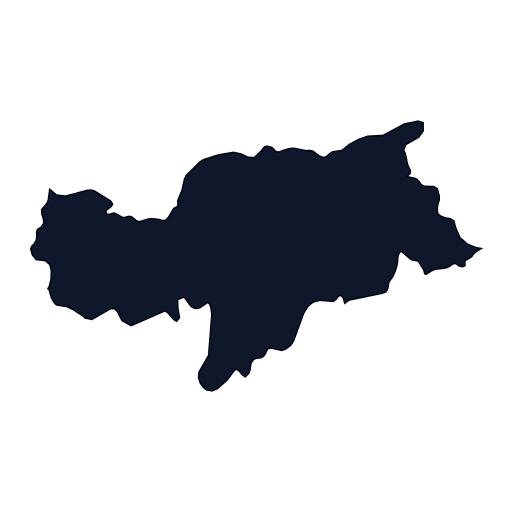 an SVG outline of Bozen
{"feature_id": "ITA-5459", "entity_name": "Bozen", "entity_type": "Province", "adm_level": 1, "iso_a3": "ITA", "parent_name": "Italy", "parent_adm1": "", "projection": "albers", "projection_center": [11.502, 46.655], "detail": "fine", "context": "isolated", "style": "filled", "palette": "ink", "viewbox_px": 512, "rotation_deg": 0, "n_neighbors": 0, "source": "natural_earth", "source_scale": "10m", "svg_char_len": 3367}
<svg xmlns="http://www.w3.org/2000/svg" viewBox="0 0 512 512"><path d="M47.9,288.6L49.3,286.4L51.1,278.7L51.3,270.6L49.8,264.6L45.4,260.7L36.2,259.6L32.4,255.0L30.7,249.0L31.8,246.1L34.1,243.9L36.3,240.2L36.8,235.8L36.6,232.2L37.5,229.4L41.2,227.1L43.8,223.2L43.4,218.9L41.9,214.3L41.6,209.7L46.3,204.1L47.6,202.1L48.4,199.3L49.7,189.3L56.5,195.0L65.4,196.1L87.2,190.3L91.0,190.0L94.3,190.9L110.5,200.9L112.6,204.0L111.5,206.2L106.7,210.0L105.7,211.6L107.0,214.3L109.3,214.4L113.8,213.0L116.3,213.9L122.4,217.4L124.5,217.5L128.6,216.4L130.7,216.5L132.7,217.5L136.3,220.7L138.5,221.6L140.6,221.4L147.8,219.1L151.4,218.6L158.9,219.4L162.5,220.6L165.6,220.2L168.6,217.1L173.4,208.9L174.3,208.0L176.7,207.0L177.6,206.0L178.0,204.4L177.8,201.1L178.0,199.9L182.0,190.3L184.4,179.4L186.1,175.5L200.0,161.8L203.8,159.5L218.6,154.8L233.6,152.3L241.2,154.0L247.8,157.2L254.3,157.6L261.6,150.6L263.3,148.1L265.2,146.6L267.3,146.2L271.0,147.1L272.4,147.9L273.7,149.0L274.8,150.6L276.6,151.7L278.5,152.0L280.5,151.6L282.5,150.6L288.8,148.7L293.9,148.2L304.8,150.4L305.0,150.4L305.2,150.5L306.8,150.7L308.4,150.4L312.5,150.9L319.4,156.0L323.4,157.5L325.9,156.9L330.0,153.5L332.4,151.9L342.1,150.3L349.4,144.4L358.4,139.5L367.8,136.2L383.0,135.4L404.5,123.9L408.1,123.2L418.2,121.1L423.2,122.8L423.2,126.8L423.2,131.0L418.7,137.2L405.8,144.6L403.6,150.1L405.1,153.1L406.0,156.7L407.4,163.9L408.8,167.4L410.3,170.3L410.3,173.2L407.2,176.3L409.4,177.2L414.5,178.1L416.9,179.3L419.3,181.7L420.5,183.7L421.8,185.2L424.8,186.3L433.8,186.5L437.2,188.8L439.2,195.6L439.3,199.5L438.7,201.7L437.9,203.9L437.4,207.5L437.4,211.6L437.9,213.7L439.2,214.9L441.2,216.3L445.7,218.0L450.2,218.6L453.8,220.8L455.7,227.7L459.9,237.6L467.4,244.1L476.1,247.6L481.3,248.5L475.9,251.8L473.3,254.2L472.2,256.0L471.5,256.8L470.4,257.6L466.3,259.9L465.2,261.0L464.8,262.2L465.1,264.4L464.9,265.5L464.1,266.3L462.8,266.7L460.4,266.4L459.0,265.9L457.9,265.2L457.2,264.5L456.3,263.9L455.3,263.5L453.8,263.7L452.2,264.3L449.9,266.1L447.9,267.1L445.6,268.0L435.0,269.3L431.6,270.8L426.7,274.0L425.4,274.3L424.6,273.2L424.0,270.8L423.7,269.8L418.8,261.9L418.1,261.2L417.1,260.8L412.2,260.0L410.3,259.0L401.8,251.7L400.9,251.6L399.8,252.1L398.7,254.2L398.1,255.8L397.8,257.4L397.6,261.6L397.2,264.2L396.0,268.9L394.4,273.1L392.5,277.1L389.7,280.8L389.0,282.0L388.6,283.3L388.1,287.2L387.7,288.4L387.3,289.5L386.8,290.4L386.2,291.3L385.6,292.0L382.1,293.3L349.0,300.1L344.8,303.3L343.1,297.5L340.3,295.1L338.2,296.5L336.0,299.4L333.2,301.4L319.7,300.3L312.9,302.2L307.7,306.6L303.7,313.2L293.8,340.3L292.1,343.4L290.0,345.9L285.0,349.4L281.5,350.4L271.2,348.1L268.2,348.6L266.7,350.7L265.5,353.5L263.5,356.3L261.2,357.7L255.9,358.4L253.5,359.6L251.3,362.5L250.5,365.9L250.1,369.5L249.0,373.1L245.4,376.9L242.2,374.8L239.2,371.0L236.2,369.2L234.0,370.8L227.3,379.9L217.5,388.6L212.1,390.9L206.5,389.9L203.1,387.1L200.1,382.8L198.5,377.6L199.0,372.0L208.9,354.8L208.8,352.4L211.8,314.2L210.8,307.1L209.2,303.3L207.2,302.8L199.9,307.7L197.0,308.5L194.0,308.1L191.0,306.4L184.2,297.1L177.6,299.5L177.9,308.3L179.5,317.6L176.6,321.3L173.8,319.6L168.1,313.0L165.1,310.8L131.1,325.7L122.0,320.6L117.5,311.7L114.6,308.8L110.8,308.6L91.8,319.5L84.8,317.9L83.1,316.1L72.9,309.5L67.0,306.7L56.8,305.0L55.6,304.1L54.3,302.8L52.2,299.3L51.3,297.4L49.1,289.9L47.9,288.6Z" fill="#0f172a" stroke="#020617" stroke-width="1.5"/></svg>